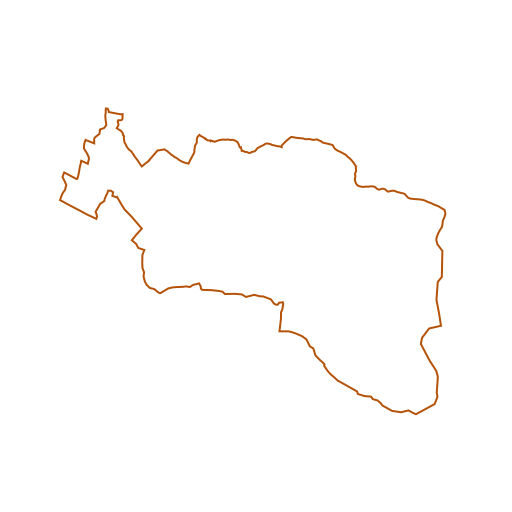 outline of Dobarlau, Covasna, Romania, rotated 11°
{"feature_id": "2599482B41369855432730", "entity_name": "Dobarlau", "entity_type": "district", "adm_level": 2, "iso_a3": "ROU", "parent_name": "Romania", "parent_adm1": "Covasna", "projection": "orthographic", "projection_center": [25.881, 45.721], "detail": "fine", "context": "isolated", "style": "outline", "palette": "amber", "viewbox_px": 512, "rotation_deg": 11, "n_neighbors": 0, "source": "geoboundaries", "source_scale": "gbopen_adm2", "svg_char_len": 6009}
<svg xmlns="http://www.w3.org/2000/svg" viewBox="0 0 512 512"><g transform="rotate(11 256 256)"><path d="M443.2,380.8L459.6,367.3L461.0,359.7L459.5,355.6L457.6,340.1L454.9,334.4L446.6,325.8L434.6,310.9L434.6,304.6L439.8,294.1L450.9,289.2L446.6,277.3L441.5,264.5L440.9,259.7L439.4,246.8L442.4,241.0L438.0,215.5L431.7,209.7L429.9,205.8L429.8,204.0L430.0,201.9L430.5,199.0L431.7,195.2L432.3,193.8L432.9,192.2L433.0,191.3L433.0,189.7L432.7,185.8L433.6,181.6L433.9,179.3L433.8,178.2L433.3,176.9L433.0,176.3L432.5,175.6L432.3,174.8L427.7,173.2L425.8,172.4L425.2,172.3L422.4,171.8L420.0,171.3L417.0,170.5L414.7,170.3L412.2,169.5L410.0,169.2L407.7,169.1L405.1,169.3L402.3,169.7L399.9,169.9L397.2,170.2L395.6,170.1L393.9,169.6L390.1,166.7L388.9,166.5L384.2,166.3L382.3,166.2L380.5,165.8L379.6,165.7L378.6,165.6L376.1,166.4L375.3,166.7L374.4,167.3L373.4,167.6L372.4,167.3L371.1,166.6L370.0,166.0L368.8,165.7L368.0,165.7L367.3,165.8L365.9,166.5L364.3,167.3L363.7,167.4L363.0,167.3L362.1,167.0L361.3,166.6L360.3,165.9L359.7,165.6L359.1,165.4L358.3,165.4L357.3,165.4L355.8,165.6L353.1,166.5L352.2,166.7L350.4,166.9L348.9,167.5L346.9,167.9L344.0,167.7L342.6,167.5L341.1,166.5L340.0,165.2L338.6,162.7L338.3,160.7L338.4,158.8L338.1,158.0L337.5,156.9L337.7,155.7L337.7,155.1L337.8,154.6L338.0,154.1L338.0,153.1L337.2,150.8L337.0,149.8L337.0,149.4L337.2,149.1L335.7,147.5L332.9,144.9L331.4,143.7L329.4,142.3L326.8,141.0L325.9,140.2L325.0,139.6L322.8,138.9L319.0,137.7L316.6,137.2L315.7,136.9L312.9,135.7L311.5,134.2L310.4,132.7L309.7,132.5L308.5,132.3L307.2,132.2L301.4,132.0L299.8,131.9L298.7,131.4L298.0,130.9L296.9,130.7L295.5,130.5L293.7,129.9L289.9,131.1L287.8,131.1L286.8,131.0L285.8,131.1L284.0,131.6L281.6,131.9L279.9,131.6L279.1,131.7L278.3,131.8L275.9,132.0L274.7,132.2L273.8,132.2L271.9,132.3L268.7,132.3L267.5,132.7L264.0,136.9L261.5,140.6L260.4,142.3L260.1,143.3L260.4,144.2L259.0,144.0L257.6,143.9L256.9,144.1L255.5,144.1L251.7,143.9L250.5,144.0L249.6,143.5L247.3,143.4L246.4,143.4L245.4,143.4L244.6,143.7L243.7,144.2L243.0,144.9L241.9,145.9L239.7,147.5L238.7,148.4L237.7,149.1L237.1,149.7L236.6,150.4L236.1,151.2L235.9,151.8L235.3,152.8L234.8,153.4L234.2,153.7L232.9,154.3L231.8,154.8L231.1,155.6L230.2,156.0L229.1,156.2L227.9,155.8L226.6,155.7L224.8,155.9L224.1,155.4L222.2,155.3L221.9,155.5L221.5,154.3L220.6,152.8L220.5,152.2L219.4,152.4L218.6,151.2L217.2,149.0L216.4,148.0L215.8,147.6L214.5,147.1L213.0,146.6L210.6,146.4L209.0,147.0L206.0,147.0L204.1,147.7L201.5,148.0L200.7,148.1L199.8,148.6L197.7,149.3L193.5,151.8L192.4,151.5L191.7,151.6L191.4,151.4L190.4,151.4L189.6,152.0L189.3,151.3L188.7,151.4L187.6,151.6L186.6,151.7L186.2,151.6L184.0,150.8L184.1,150.4L181.2,149.5L180.5,149.2L178.5,148.6L177.3,147.9L177.1,148.2L177.1,148.4L176.3,149.5L176.1,149.9L176.0,150.2L175.8,150.8L175.7,151.6L175.6,152.3L175.7,153.3L176.1,155.1L176.2,155.5L176.1,156.9L176.0,157.1L175.3,158.7L175.2,159.2L175.1,159.7L175.1,160.7L175.4,164.1L175.6,165.7L175.6,166.3L175.2,167.8L173.8,172.2L173.5,173.4L173.1,174.2L173.1,174.7L172.1,178.2L169.5,178.1L167.0,177.8L165.9,177.6L163.8,177.0L162.0,176.3L159.9,175.2L157.6,174.5L156.8,174.1L155.6,173.6L154.8,173.2L153.8,172.8L149.2,170.2L145.7,168.8L141.8,170.3L140.4,170.9L139.7,171.0L139.2,171.1L139.1,171.4L138.8,172.0L137.3,174.6L136.1,176.6L134.9,178.8L132.7,182.5L132.9,182.7L130.9,185.0L126.8,189.9L125.7,188.9L123.6,186.8L121.2,184.4L119.6,183.0L117.9,181.5L117.2,180.7L115.8,179.2L115.6,179.1L113.8,177.2L113.3,176.9L111.5,176.1L110.8,175.6L108.9,174.0L108.3,173.4L107.1,171.7L105.7,170.1L105.3,169.6L104.9,168.7L104.5,167.6L103.9,165.8L103.7,165.2L103.6,164.8L103.6,164.4L103.7,163.6L102.8,163.0L102.5,162.8L102.2,162.3L102.1,161.6L101.7,161.0L101.2,160.3L100.5,159.7L99.9,159.2L99.4,158.9L98.6,158.5L97.3,158.1L94.9,157.1L95.6,155.0L95.9,154.2L96.0,153.6L95.8,152.9L95.3,151.8L94.8,150.8L94.6,150.2L94.7,149.5L95.0,148.9L95.3,148.8L95.8,148.9L96.9,148.7L97.7,148.4L98.4,147.8L98.7,147.0L98.7,146.4L98.0,142.2L96.4,142.7L93.0,142.8L87.5,142.8L84.1,142.8L83.8,142.0L83.5,141.4L82.4,139.7L80.5,139.8L80.5,140.6L81.1,143.7L81.2,144.7L81.2,145.8L81.3,147.2L81.9,149.3L82.7,152.0L83.3,153.7L84.1,156.3L83.3,157.5L83.2,158.0L82.8,158.9L82.3,159.5L80.8,160.4L78.9,161.4L78.6,162.5L78.9,162.7L78.9,163.4L78.9,164.7L79.0,166.1L76.1,169.3L75.1,170.7L74.9,171.3L74.9,172.6L75.7,176.3L66.5,174.6L66.3,176.0L66.0,178.2L66.1,179.7L66.3,181.8L66.7,183.3L68.3,185.3L69.3,186.1L71.2,188.4L72.7,190.6L73.2,191.5L73.5,192.8L73.3,195.7L73.3,197.6L66.3,195.8L66.1,196.7L66.4,197.8L66.2,199.7L66.1,204.0L66.2,206.1L66.2,211.3L65.9,213.9L65.7,214.4L64.9,214.6L51.9,210.6L51.7,210.6L51.0,215.4L53.7,218.9L55.4,221.3L56.2,222.4L56.3,223.2L56.0,224.4L55.9,225.0L56.1,225.6L55.9,227.6L54.5,230.6L53.9,232.6L53.3,235.7L53.0,238.5L61.3,241.1L67.7,243.1L74.3,245.0L81.5,247.3L92.1,250.0L92.4,247.7L91.4,245.2L90.1,243.3L93.0,234.7L96.6,230.9L96.6,228.9L97.2,225.8L98.1,222.6L98.4,220.1L101.1,219.6L103.6,220.7L103.5,224.4L107.9,225.0L108.3,224.5L114.9,232.0L118.0,235.3L127.1,241.7L138.7,250.9L134.5,257.8L131.1,264.2L136.2,267.1L137.3,268.7L139.1,270.6L145.2,271.4L144.3,276.7L145.6,284.2L146.9,289.6L149.3,293.5L149.5,297.5L151.8,302.3L154.2,305.2L157.9,307.6L162.5,307.9L167.2,310.5L169.1,310.8L176.0,304.6L179.7,302.9L183.3,301.8L189.8,300.3L193.1,299.2L197.1,299.0L199.7,296.4L205.3,293.8L207.5,296.3L208.2,298.7L209.7,299.5L218.2,298.1L224.9,297.5L229.9,297.4L232.8,299.3L241.7,297.3L249.2,296.4L254.0,298.1L261.6,294.5L267.7,294.8L270.7,294.3L278.8,295.7L282.9,299.4L285.3,300.0L286.6,299.7L287.5,297.5L291.1,296.3L291.9,298.0L292.0,304.0L291.3,306.2L292.5,313.1L293.4,325.5L302.6,323.7L308.5,324.2L316.5,325.9L321.5,328.3L326.1,334.4L329.9,335.8L333.4,342.3L339.2,346.3L341.1,347.3L343.3,348.8L344.0,349.5L343.8,350.8L349.1,355.9L352.5,358.3L355.7,360.0L359.8,362.6L381.1,369.7L382.3,372.0L389.2,372.8L395.8,372.1L398.0,374.2L402.8,374.6L406.6,376.7L408.3,378.5L414.9,380.7L419.2,382.1L428.2,381.7L435.1,378.5L440.5,380.2L443.2,380.8Z" fill="none" stroke="#b45309" stroke-width="2"/></g></svg>